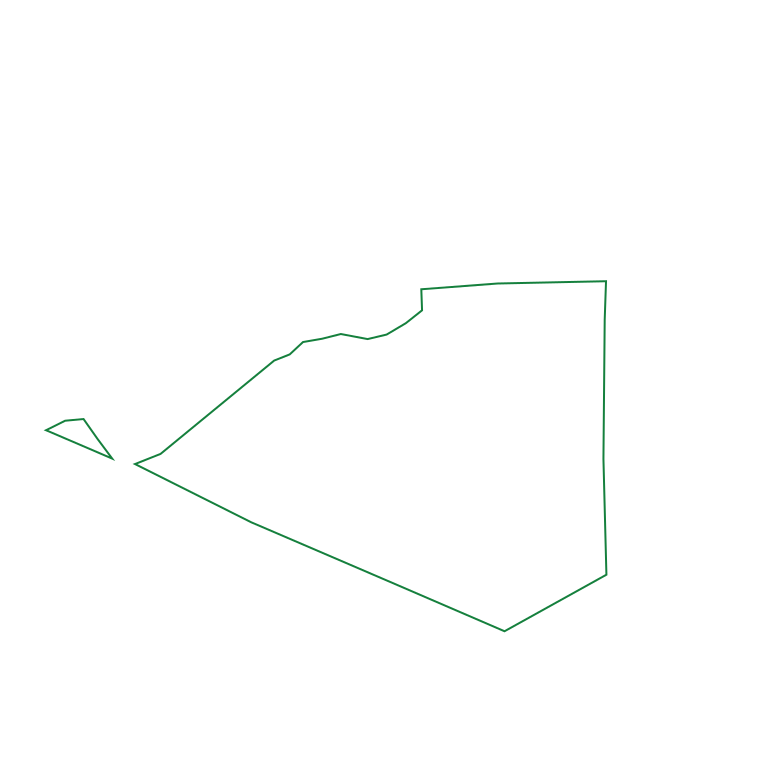 Pilõezinhos, Paraíba, Brazil (orthographic projection), rotated 206°
{"feature_id": "56859067B31545744906067", "entity_name": "Pilõezinhos", "entity_type": "district", "adm_level": 2, "iso_a3": "BRA", "parent_name": "Brazil", "parent_adm1": "Paraíba", "projection": "orthographic", "projection_center": [-35.529, -6.853], "detail": "fine", "context": "isolated", "style": "outline", "palette": "green", "viewbox_px": 768, "rotation_deg": 206, "n_neighbors": 0, "source": "geoboundaries", "source_scale": "gbopen_adm2", "svg_char_len": 491}
<svg xmlns="http://www.w3.org/2000/svg" viewBox="0 0 768 768"><g transform="rotate(206 384 384)"><path d="M392.0,485.5L382.1,466.9L391.0,448.3L403.3,429.6L418.4,417.2L444.7,410.0L459.4,397.6L475.2,386.2L481.7,369.3L493.0,356.9L554.2,223.2L572.7,202.9L442.7,201.5L300.0,208.4L167.3,214.6L100.5,310.1L153.9,412.8L213.8,538.5L229.5,573.7L326.0,524.1L392.0,485.5ZM667.5,194.3L595.6,197.8L617.5,209.1L638.7,220.8L654.5,211.2L667.5,194.3Z" fill="none" stroke="#15803d" stroke-width="2"/></g></svg>